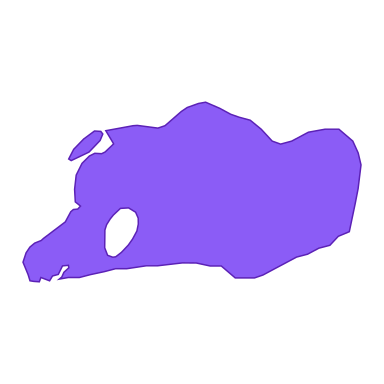 the district of Mundok, P'yŏngan-namdo, North Korea
{"feature_id": "82179303B50652768805745", "entity_name": "Mundok", "entity_type": "district", "adm_level": 2, "iso_a3": "PRK", "parent_name": "North Korea", "parent_adm1": "P'yŏngan-namdo", "projection": "albers", "projection_center": [125.486, 39.516], "detail": "fine", "context": "isolated", "style": "filled", "palette": "violet", "viewbox_px": 384, "rotation_deg": 0, "n_neighbors": 0, "source": "geoboundaries", "source_scale": "gbopen_adm2", "svg_char_len": 1461}
<svg xmlns="http://www.w3.org/2000/svg" viewBox="0 0 384 384"><path d="M205.6,102.2L198.4,103.5L187.2,107.5L181.3,111.5L165.0,125.7L157.9,128.1L137.3,125.4L133.1,125.7L105.8,130.7L113.1,142.9L113.6,143.9L105.1,152.0L101.6,153.7L94.8,153.3L89.4,156.0L82.0,163.4L76.2,175.1L74.6,189.3L75.3,201.9L80.5,206.1L77.7,209.1L73.4,209.5L70.8,211.7L65.3,221.9L43.5,238.4L41.2,240.5L34.7,243.1L29.9,247.1L26.1,252.8L23.0,262.2L28.1,274.6L30.0,280.8L33.7,281.4L39.3,281.8L40.9,277.5L49.6,280.8L52.5,276.0L58.3,274.4L62.5,265.9L68.4,265.3L68.8,267.8L63.9,272.3L61.8,277.0L59.3,279.1L68.3,277.5L79.4,277.5L90.5,274.6L104.5,271.6L115.6,268.7L126.8,268.7L146.2,265.8L157.4,265.8L182.4,262.9L196.3,263.0L210.2,266.0L221.3,266.0L235.2,277.9L243.5,277.9L254.6,277.9L263.0,275.0L274.2,269.0L285.3,263.1L296.5,257.1L307.6,254.2L318.8,248.2L329.9,245.3L338.3,236.3L349.3,231.7L355.2,203.6L358.1,188.7L361.0,164.9L358.2,153.0L352.8,141.1L338.9,129.2L325.1,129.2L308.4,132.2L291.7,141.1L280.6,144.1L272.2,141.1L261.2,129.2L250.2,120.2L239.1,117.2L230.8,114.3L219.7,108.3L205.6,102.2ZM112.8,257.2L107.6,255.3L104.7,247.8L104.8,238.9L104.9,230.0L106.6,224.7L110.1,219.1L113.3,215.1L120.4,208.4L128.6,207.9L135.6,212.2L138.2,218.1L138.3,224.1L136.9,231.0L132.6,239.0L128.3,245.1L121.4,252.4L115.7,256.8L112.8,257.2ZM89.0,152.1L100.1,140.5L102.8,134.0L100.8,131.4L94.5,131.0L83.8,138.9L73.7,149.3L68.7,159.0L71.2,160.6L89.0,152.1Z" fill="#8b5cf6" stroke="#5b21b6" stroke-width="1.5"/></svg>